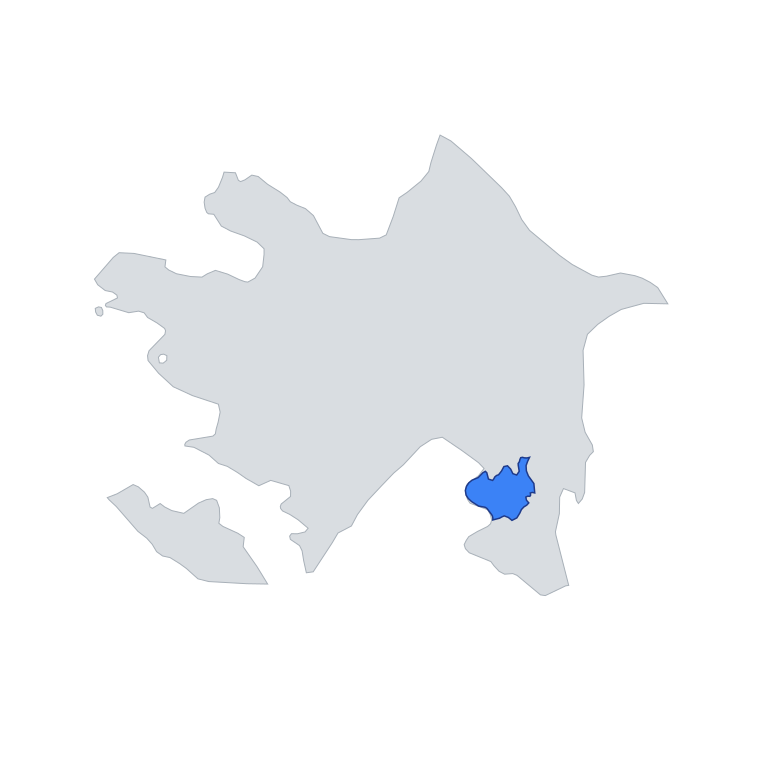 Azerbaijan, with Cəlilabad highlighted, rotated 348°
{"feature_id": "AZE-1700", "entity_name": "Cəlilabad", "entity_type": "District", "adm_level": 1, "iso_a3": "AZE", "parent_name": "Azerbaijan", "parent_adm1": "", "projection": "albers", "projection_center": [48.489, 39.203], "detail": "fine", "context": "in_parent", "style": "filled", "palette": "blue", "viewbox_px": 768, "rotation_deg": 348, "n_neighbors": 0, "source": "natural_earth", "source_scale": "10m", "svg_char_len": 4179}
<svg xmlns="http://www.w3.org/2000/svg" viewBox="0 0 768 768"><g transform="rotate(348 384 384)"><path d="M522.8,619.4L519.7,619.2L497.8,624.5L493.2,622.8L474.3,598.8L470.5,596.2L462.4,595.1L457.6,591.1L453.8,584.7L451.6,579.9L432.3,566.8L429.4,562.0L429.0,557.8L431.9,554.1L435.2,550.9L444.7,547.7L455.7,544.9L459.2,542.9L461.0,539.5L460.9,533.9L459.2,528.5L443.4,518.5L441.7,514.2L441.2,508.9L442.1,503.5L444.6,499.2L457.4,493.4L464.3,487.4L460.1,480.6L446.3,465.2L430.0,448.2L419.1,448.0L406.4,452.9L386.1,467.1L374.9,473.2L360.2,483.2L344.1,494.4L330.9,506.2L322.6,516.1L308.0,520.2L300.5,528.4L275.7,553.0L268.8,552.5L268.7,540.1L269.2,530.2L267.8,524.5L260.1,516.5L260.1,513.2L262.3,511.2L268.3,512.5L276.0,512.3L279.8,509.3L271.7,498.9L264.5,491.8L258.4,487.1L257.0,484.3L257.1,482.3L258.5,480.0L269.2,474.6L270.4,469.4L269.8,463.6L253.1,454.7L240.4,457.5L229.4,447.7L222.3,440.1L213.5,431.9L205.5,427.3L198.0,417.1L184.9,406.4L176.4,403.2L176.6,401.6L178.2,399.8L181.9,398.3L205.8,399.4L208.7,397.7L210.4,393.3L213.8,386.9L217.9,377.4L217.8,369.3L194.2,355.5L177.3,342.9L165.8,326.7L158.1,312.0L158.6,307.1L161.1,302.6L180.0,289.9L181.4,286.5L181.0,284.1L174.7,277.1L166.6,269.8L164.2,264.5L159.1,261.7L149.2,261.2L132.2,251.9L128.6,250.9L127.8,249.2L128.8,247.5L141.2,244.4L141.2,241.5L137.6,237.6L130.7,234.6L124.6,227.4L122.6,221.2L145.5,203.9L152.2,200.5L166.6,204.3L196.4,217.3L194.1,223.9L197.1,227.7L203.9,233.0L217.0,238.6L228.2,241.6L234.0,239.5L242.7,237.8L253.9,244.0L264.1,251.8L269.2,255.0L272.0,256.0L279.9,253.6L289.7,244.1L293.6,232.4L294.8,226.8L289.4,218.8L278.2,210.1L265.7,202.4L257.7,195.7L252.8,182.6L247.6,181.0L246.3,179.3L245.5,174.9L245.9,168.7L247.8,164.0L253.0,162.1L258.2,161.5L263.0,157.1L269.0,148.3L271.6,143.5L282.6,146.5L283.9,154.5L285.8,156.2L290.4,155.4L298.1,152.2L304.1,154.9L311.7,164.5L322.3,174.7L328.0,181.5L330.2,186.2L335.7,190.8L343.7,196.2L350.0,204.6L355.5,223.9L361.3,228.5L382.1,236.0L389.4,237.6L410.0,240.4L417.2,238.6L427.9,222.0L437.5,205.0L446.4,201.4L462.4,193.2L472.0,185.5L476.0,177.1L485.0,161.2L490.6,152.2L500.0,160.2L516.4,181.6L539.9,216.5L545.7,226.4L549.5,237.9L552.9,251.8L558.3,264.0L582.5,294.8L592.9,306.2L610.0,320.8L616.0,324.0L624.0,324.8L638.4,324.6L651.9,330.2L658.6,334.2L665.5,339.9L671.8,346.6L678.3,364.6L654.9,359.1L631.5,360.4L618.3,364.6L605.5,370.1L593.3,377.7L585.7,392.5L579.5,426.5L570.3,458.3L570.7,473.0L575.1,487.0L574.7,493.7L570.3,496.6L564.8,502.6L557.7,531.8L554.0,537.7L549.3,541.3L548.0,537.9L548.2,530.2L537.8,523.6L532.3,531.2L528.6,547.2L521.0,564.1L520.7,567.3L522.8,619.4ZM176.4,315.6L177.5,311.1L174.7,309.0L171.6,308.8L168.9,310.9L168.7,316.6L172.3,317.7L176.4,315.6ZM94.5,445.1L91.1,440.2L89.7,437.6L100.2,435.9L117.7,430.2L122.3,433.5L127.2,440.0L129.5,445.6L129.6,455.7L131.6,457.5L140.2,454.4L143.8,458.6L150.1,463.7L161.3,468.9L177.8,461.9L186.0,460.2L192.6,460.5L196.1,463.0L197.2,470.9L195.6,480.6L193.5,485.9L196.8,489.8L210.0,499.6L215.4,505.0L212.4,513.9L221.8,536.2L224.9,544.9L228.6,555.5L208.2,550.8L171.5,540.8L161.5,535.9L152.3,523.3L146.8,517.2L138.6,509.3L131.7,506.2L126.7,500.7L124.0,492.7L119.9,485.5L112.6,476.9L96.6,448.1L94.5,445.1ZM123.5,257.3L121.2,258.8L117.9,257.1L116.9,253.6L117.3,250.0L120.8,249.2L123.5,250.4L124.2,253.7L123.5,257.3Z" fill="#d9dde1" stroke="#a8b0b8" stroke-width="1"/><path d="M462.1,539.6L462.6,537.8L462.6,535.8L462.1,534.1L458.9,527.2L457.3,525.6L451.2,523.1L445.2,517.2L442.6,513.5L441.2,509.8L441.4,505.1L443.4,501.2L446.4,498.3L450.0,496.4L456.7,495.1L462.2,491.4L465.0,490.5L466.1,492.2L466.4,498.7L470.2,500.9L471.8,499.5L473.0,498.0L475.0,496.9L477.2,496.6L480.9,493.5L484.1,489.7L487.8,489.7L490.2,493.6L491.4,498.5L494.9,500.6L498.1,497.5L498.4,491.5L498.7,489.6L500.3,488.1L501.2,486.2L502.4,484.5L504.2,484.5L505.9,485.4L508.5,486.1L511.1,486.0L508.4,489.5L506.0,493.4L505.2,498.6L506.1,503.9L509.9,512.5L508.8,521.9L506.6,520.9L504.4,521.0L504.3,523.2L503.3,524.2L501.2,523.6L499.2,524.1L499.2,527.3L500.9,530.4L498.4,532.2L495.3,533.3L492.3,535.4L490.0,538.5L486.1,542.6L480.8,544.0L477.9,540.4L474.2,538.0L471.7,538.5L469.2,539.3L462.1,539.6Z" fill="#3b82f6" stroke="#1e3a8a" stroke-width="1.5"/></g></svg>